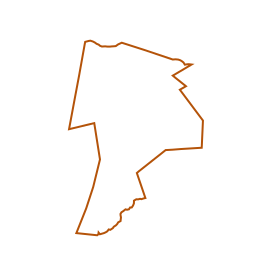 Lagoa do Sítio, Piauí, Brazil, rotated 74°
{"feature_id": "56859067B39211727142740", "entity_name": "Lagoa do Sítio", "entity_type": "district", "adm_level": 2, "iso_a3": "BRA", "parent_name": "Brazil", "parent_adm1": "Piauí", "projection": "robinson", "projection_center": [-41.451, -6.495], "detail": "fine", "context": "isolated", "style": "outline", "palette": "amber", "viewbox_px": 256, "rotation_deg": 74, "n_neighbors": 0, "source": "geoboundaries", "source_scale": "gbopen_adm2", "svg_char_len": 1154}
<svg xmlns="http://www.w3.org/2000/svg" viewBox="0 0 256 256"><g transform="rotate(74 128 128)"><path d="M112.9,185.0L114.0,159.1L150.5,163.6L175.1,177.7L193.7,190.3L199.4,194.7L214.8,206.6L222.6,187.2L222.0,185.8L220.4,185.1L222.4,184.3L222.4,182.5L222.4,180.1L222.1,178.1L221.6,176.4L220.2,174.5L221.0,173.1L220.1,170.2L219.0,168.9L218.2,166.3L217.2,164.7L216.0,163.5L215.4,160.8L212.0,159.4L209.8,159.2L208.5,158.9L207.2,157.5L206.6,155.5L205.5,152.8L206.3,151.5L206.4,149.5L205.0,147.9L205.4,146.3L203.9,144.5L202.1,143.1L199.5,142.3L198.8,139.7L199.4,137.9L199.4,135.9L200.1,134.7L200.0,132.3L200.1,130.6L173.7,131.9L172.6,129.5L159.6,97.9L161.1,91.3L162.7,83.4L167.3,62.6L165.3,61.9L141.5,53.9L105.5,67.6L103.8,60.8L92.8,68.6L90.0,70.5L84.5,49.4L83.5,51.8L83.1,53.3L82.8,55.9L80.3,56.6L78.4,58.0L77.2,59.2L76.1,60.8L75.1,63.3L74.5,66.1L57.2,91.2L44.3,110.5L44.6,112.3L44.9,114.4L45.9,117.2L45.5,119.3L45.1,121.1L44.8,122.8L44.2,125.0L43.2,127.5L42.5,130.6L41.3,132.2L39.8,133.2L38.4,135.0L36.7,136.3L35.1,138.0L33.7,140.1L33.5,141.7L33.4,145.4L35.3,146.4L63.6,160.3L84.3,170.7L112.9,185.0Z" fill="none" stroke="#b45309" stroke-width="2"/></g></svg>